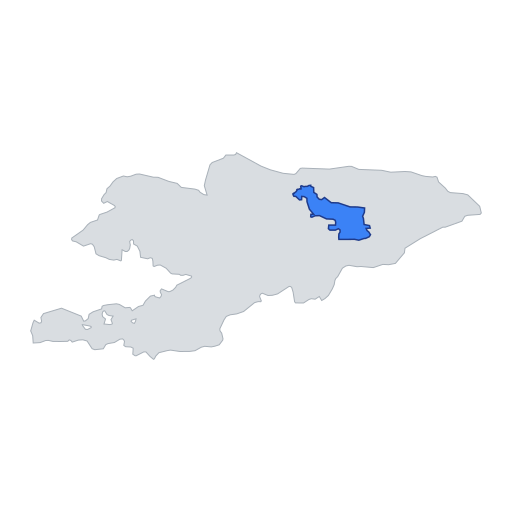 location of Tong, Ysyk-Köl, Kyrgyzstan
{"feature_id": "92254566B55303155079831", "entity_name": "Tong", "entity_type": "district", "adm_level": 2, "iso_a3": "KGZ", "parent_name": "Kyrgyzstan", "parent_adm1": "Ysyk-Köl", "projection": "natural_earth1", "projection_center": [76.22, 42.065], "detail": "fine", "context": "in_parent", "style": "filled", "palette": "blue", "viewbox_px": 512, "rotation_deg": 0, "n_neighbors": 0, "source": "geoboundaries", "source_scale": "gbopen_adm2", "svg_char_len": 5122}
<svg xmlns="http://www.w3.org/2000/svg" viewBox="0 0 512 512"><path d="M102.1,306.3L103.5,305.5L107.8,304.7L116.4,303.8L119.3,304.4L125.2,307.8L129.7,307.4L130.5,307.9L132.2,310.8L138.5,306.5L143.0,305.3L145.4,301.1L150.4,296.1L154.5,295.2L154.6,296.1L155.4,296.8L159.6,298.0L160.9,296.6L161.6,294.8L160.2,291.9L160.2,290.7L161.5,288.9L168.3,291.7L169.8,291.6L172.9,290.1L175.7,287.3L176.8,285.2L190.7,278.2L191.7,277.0L191.5,276.1L185.8,274.4L183.1,275.3L180.7,275.3L179.3,274.3L172.2,273.9L170.7,273.2L166.1,268.2L160.3,265.0L157.5,265.2L154.1,266.5L153.1,265.9L152.9,261.2L152.3,258.4L150.3,257.7L147.7,258.8L140.6,257.3L139.9,251.3L137.3,246.1L133.6,244.0L133.5,240.8L132.2,239.5L131.1,239.9L129.6,241.5L130.3,244.9L129.7,248.4L128.8,250.2L127.1,251.5L125.3,251.5L122.1,249.7L121.4,260.3L120.8,260.9L116.9,259.4L113.8,260.1L109.3,259.4L105.8,257.7L99.1,255.7L96.0,253.8L94.2,246.7L92.4,244.2L90.6,243.7L83.5,246.1L76.2,241.8L72.5,240.9L71.6,239.6L71.8,238.0L83.1,230.1L87.6,224.7L90.4,222.4L97.5,220.0L99.2,215.0L99.8,214.5L107.0,212.1L115.0,207.7L115.2,206.5L114.4,205.5L107.3,201.5L103.7,203.3L101.5,201.0L101.6,198.7L104.1,194.6L106.1,192.6L107.0,188.7L110.0,186.1L113.0,181.9L116.7,178.5L123.4,176.0L127.2,176.8L130.7,176.2L136.1,174.2L139.5,174.0L153.4,177.2L158.0,177.3L168.8,181.4L177.2,183.4L181.3,187.4L194.9,189.1L198.6,190.3L200.0,192.2L203.8,194.6L207.1,195.1L204.3,185.7L205.5,180.1L210.0,164.8L212.2,162.5L223.4,158.2L225.9,155.0L233.9,155.0L235.6,154.5L236.5,152.7L261.0,166.1L270.3,169.8L283.1,173.3L294.1,174.4L295.9,173.6L300.3,168.4L302.3,168.1L329.4,169.1L348.8,166.3L351.6,166.4L358.8,169.4L381.7,170.3L390.7,172.2L405.0,171.5L411.0,171.9L421.8,175.6L425.6,176.4L432.7,177.0L435.4,176.4L437.0,177.2L438.6,182.0L445.3,188.1L447.8,191.3L450.3,192.6L463.0,193.6L467.8,194.9L479.7,206.3L481.3,213.0L480.1,214.4L467.6,215.3L464.8,216.3L461.9,221.2L445.2,227.2L442.7,227.2L420.4,238.6L405.0,248.2L404.4,252.8L395.4,263.4L388.6,264.7L382.8,264.4L373.3,267.6L361.1,266.5L357.0,266.7L349.0,265.3L345.8,266.0L342.4,268.2L337.7,276.6L335.7,278.6L334.9,280.5L334.2,284.6L332.3,288.9L328.4,295.5L324.9,298.6L321.7,300.5L319.3,296.5L315.1,299.2L311.3,298.7L308.9,299.5L303.5,303.0L295.5,302.9L294.6,301.7L293.1,292.1L291.7,287.5L290.5,286.5L289.1,286.4L277.6,293.9L272.3,295.3L268.0,295.5L262.3,293.2L261.0,293.8L260.0,295.0L259.6,296.6L261.3,300.9L260.8,301.7L258.2,301.6L254.6,302.6L243.6,311.5L236.7,313.9L230.2,314.8L226.3,316.4L224.1,319.7L219.8,328.8L220.0,330.8L221.7,333.2L223.0,338.8L222.7,340.2L219.2,344.8L214.8,346.2L211.3,346.9L204.7,346.3L201.3,347.2L195.0,350.7L189.8,351.4L180.0,351.5L170.5,350.1L167.3,350.6L158.9,352.7L155.9,355.9L154.3,358.9L153.5,359.3L150.2,356.6L145.9,351.9L143.8,351.9L136.1,355.8L135.0,355.7L132.8,354.2L133.2,348.2L130.8,347.0L125.6,346.7L123.8,345.4L124.5,341.5L123.9,340.1L122.6,338.9L119.9,339.2L114.4,342.5L108.0,343.6L105.8,344.6L103.3,348.8L94.8,349.7L92.1,348.7L87.1,341.0L82.8,339.8L78.3,340.1L72.2,342.1L70.8,340.4L69.2,339.9L67.8,341.3L60.3,341.5L52.8,341.4L48.5,340.4L45.7,340.5L40.1,342.6L33.2,343.0L32.7,335.7L30.7,330.9L33.0,322.8L34.2,320.2L39.2,323.2L41.1,322.7L41.6,321.1L40.9,317.5L43.5,313.6L61.5,308.2L81.2,316.1L83.7,321.2L85.4,320.9L88.2,318.6L89.1,314.3L93.1,311.8L101.6,308.9L102.1,306.3ZM112.0,324.1L112.4,323.4L111.0,319.6L113.1,316.1L109.0,315.5L107.0,314.5L104.8,310.9L104.0,310.8L102.8,311.7L102.1,314.1L102.6,316.6L105.5,319.0L104.0,324.0L109.9,324.6L112.0,324.1ZM91.2,327.6L91.1,326.5L89.7,326.0L82.3,324.6L82.6,325.6L85.4,329.3L87.5,329.5L91.2,327.6ZM135.6,321.1L136.0,318.8L131.6,320.2L131.0,321.3L132.5,322.8L134.4,323.4L135.6,321.1Z" fill="#d9dde1" stroke="#a8b0b8" stroke-width="1"/><path d="M303.6,186.6L302.3,186.0L301.9,185.9L301.3,185.8L301.0,186.0L300.8,186.1L300.7,186.3L300.7,187.0L300.9,187.3L301.0,187.7L301.0,188.2L301.0,188.3L301.0,188.6L301.0,188.9L300.9,188.9L300.8,189.0L300.2,188.9L299.9,188.8L299.6,188.8L299.2,189.0L298.9,189.2L298.1,189.3L297.4,189.3L297.0,189.5L296.8,189.8L297.0,190.3L296.9,190.5L296.5,191.0L296.4,191.1L296.2,191.5L295.9,191.8L294.8,192.6L294.5,193.0L294.2,193.3L294.1,193.2L293.9,193.1L293.5,193.3L293.3,193.8L293.1,193.8L292.9,193.9L293.1,194.8L293.9,196.3L295.8,196.4L299.5,199.9L301.6,199.7L301.7,196.4L304.2,196.6L306.9,198.3L307.0,201.7L309.4,209.2L313.6,214.2L310.9,214.3L310.7,216.8L311.9,217.2L315.0,215.8L319.5,215.6L326.5,218.9L333.1,219.2L335.2,220.3L335.7,222.3L335.5,225.1L328.8,225.1L328.4,228.7L329.9,230.1L335.4,230.1L338.4,228.7L340.0,229.9L340.1,232.0L338.9,233.9L338.7,237.2L338.9,239.4L347.6,239.4L354.5,239.3L358.8,240.2L364.0,238.5L365.6,238.4L369.3,236.7L370.5,234.6L370.0,234.0L368.8,232.0L367.0,230.5L366.1,228.4L370.2,228.1L369.5,225.6L364.1,224.5L363.4,218.3L362.6,216.3L364.4,212.3L364.6,208.0L357.5,207.0L350.0,206.9L338.2,202.9L331.2,202.7L324.5,197.5L321.7,199.6L319.3,199.3L317.1,197.0L316.9,194.4L313.8,192.4L313.6,187.6L310.8,186.3L310.7,185.3L310.4,185.4L309.7,185.4L309.3,185.4L308.9,185.5L308.6,185.6L307.5,186.3L307.3,186.3L307.0,186.4L305.3,186.4L305.0,186.4L304.6,186.6L304.1,186.7L303.6,186.6Z" fill="#3b82f6" stroke="#1e3a8a" stroke-width="1.5"/></svg>